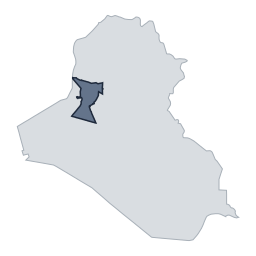 Ana, Al-Anbar, Iraq (highlighted)
{"feature_id": "34846034B40379251126698", "entity_name": "Ana", "entity_type": "district", "adm_level": 2, "iso_a3": "IRQ", "parent_name": "Iraq", "parent_adm1": "Al-Anbar", "projection": "mercator", "projection_center": [41.794, 34.329], "detail": "fine", "context": "in_parent", "style": "filled", "palette": "slate", "viewbox_px": 256, "rotation_deg": 0, "n_neighbors": 0, "source": "geoboundaries", "source_scale": "gbopen_adm2", "svg_char_len": 5208}
<svg xmlns="http://www.w3.org/2000/svg" viewBox="0 0 256 256"><path d="M98.5,22.8L100.7,22.3L104.8,18.9L107.2,15.6L107.9,15.4L110.1,16.4L111.6,16.7L115.1,15.5L117.2,16.1L119.0,16.9L120.0,17.0L124.7,19.0L125.9,19.2L128.4,19.5L132.0,19.6L134.3,18.3L136.0,17.0L137.2,17.1L138.3,17.4L139.2,17.9L140.0,18.8L140.4,20.2L140.3,24.5L140.6,25.6L141.3,26.4L142.1,26.6L143.1,25.6L144.8,24.3L146.9,22.8L148.5,21.4L149.4,20.9L150.9,21.0L152.3,21.2L153.0,21.9L153.0,22.1L153.8,24.1L155.6,31.6L156.7,32.6L157.9,33.4L158.8,34.5L159.1,35.6L159.0,37.3L159.1,39.3L159.6,40.9L160.2,42.0L160.9,42.6L161.9,42.7L163.0,43.0L163.8,44.1L166.3,52.6L166.5,53.7L167.6,54.0L169.3,53.9L171.1,54.7L173.0,56.1L174.7,58.7L175.9,59.1L179.7,58.7L184.8,59.1L187.2,60.4L186.9,61.3L185.1,62.2L181.8,63.2L180.9,65.0L180.3,67.4L180.4,68.7L181.2,70.1L183.5,73.0L183.7,74.1L184.1,75.5L184.5,76.5L184.0,78.4L181.9,79.7L179.2,81.1L173.7,87.5L173.3,88.9L173.3,92.6L172.8,93.7L171.0,93.7L169.7,93.5L169.6,94.8L168.8,96.5L168.3,98.0L170.3,101.6L170.6,103.5L170.3,105.2L168.5,108.2L167.3,110.2L167.6,110.6L169.1,111.4L173.6,118.0L175.1,120.2L177.0,119.6L177.7,119.7L178.3,120.0L178.6,120.8L178.6,121.8L178.1,123.2L180.6,123.8L181.4,125.3L184.3,130.4L184.2,131.9L182.8,134.2L182.8,135.8L183.1,137.2L183.5,137.7L187.7,137.9L189.5,138.5L193.9,141.0L198.9,145.0L202.9,148.2L206.4,150.9L210.1,150.7L211.1,151.2L212.1,152.1L213.1,154.3L215.2,159.4L217.0,161.1L219.8,165.1L222.4,168.9L220.7,174.0L219.0,179.4L219.0,186.2L219.0,189.9L222.6,190.1L226.5,190.3L226.6,194.6L226.6,199.0L226.6,204.1L227.8,204.3L229.6,205.3L230.4,207.0L231.4,207.9L232.6,208.0L233.8,208.8L235.0,210.2L235.4,211.3L235.1,212.1L235.3,213.4L236.1,215.3L237.1,216.2L238.7,217.3L236.6,217.9L234.3,217.4L229.5,215.2L227.9,215.1L225.9,216.0L225.8,216.7L220.7,214.3L218.9,213.8L218.2,213.7L215.3,213.7L211.1,214.2L208.7,215.2L207.0,216.2L206.2,217.3L206.0,217.8L204.6,220.9L203.1,224.8L201.5,228.3L198.4,233.3L196.7,235.6L193.0,239.8L189.1,240.6L179.9,239.8L169.6,238.9L159.5,238.0L151.9,237.3L151.3,237.0L143.9,231.0L138.0,226.2L130.6,220.2L123.0,214.1L115.4,207.8L109.8,203.3L103.1,197.4L96.9,192.1L92.1,187.9L85.9,184.2L81.0,181.3L73.9,177.0L68.3,173.6L63.4,170.7L56.0,166.3L53.5,165.0L45.7,163.6L38.4,162.3L30.8,161.0L25.8,160.1L29.1,156.9L28.1,154.0L25.6,154.6L23.4,155.2L22.0,150.8L23.8,150.2L22.2,144.4L20.5,138.3L19.0,132.5L17.3,126.5L23.7,122.6L28.5,119.8L35.2,115.7L41.7,111.8L47.9,108.1L54.7,104.0L60.7,100.3L66.3,98.8L67.5,97.7L70.0,92.6L72.2,88.3L72.3,87.3L72.3,81.2L72.7,73.9L73.4,70.1L74.6,66.6L75.8,64.1L75.9,61.8L75.7,59.4L74.6,55.8L73.3,52.1L73.5,48.4L73.7,46.5L74.5,43.3L75.8,41.1L77.2,39.7L82.5,38.2L85.6,37.3L89.8,33.3L92.3,30.9L95.8,27.0L98.3,24.2L98.5,23.2L98.5,22.8Z" fill="#d9dde1" stroke="#a8b0b8" stroke-width="1"/><path d="M72.7,77.6L72.7,78.3L72.7,78.7L72.8,78.8L73.4,79.4L74.0,80.2L74.7,81.0L75.3,81.7L75.7,82.2L76.3,82.9L76.9,83.5L77.3,84.1L77.8,84.6L78.2,85.1L78.6,85.6L79.0,86.0L79.4,86.5L79.9,87.0L80.2,87.5L80.6,87.9L81.0,88.3L80.8,89.0L80.7,89.8L80.5,90.5L80.4,91.2L80.2,91.8L80.3,92.8L80.3,93.5L80.4,94.4L80.4,95.5L80.4,96.2L80.5,96.9L79.9,96.9L79.3,97.0L78.5,97.0L78.3,97.1L77.9,96.9L77.5,96.7L77.2,96.7L76.7,96.9L76.8,97.6L76.9,97.8L77.3,98.0L77.7,98.3L77.8,98.0L77.7,97.7L78.1,97.9L78.3,98.1L79.0,98.0L79.7,98.0L80.1,97.9L80.5,97.9L81.0,97.7L81.3,97.6L81.5,97.6L81.8,98.1L82.0,98.6L82.1,99.1L81.9,99.8L81.7,100.4L81.6,100.8L81.3,101.2L81.0,101.7L81.1,102.2L81.2,102.8L81.1,103.4L81.0,104.1L80.8,104.6L80.5,105.1L80.2,105.7L79.9,106.3L79.4,106.8L79.0,107.3L78.6,107.8L78.2,108.2L77.8,108.7L77.5,109.1L77.0,109.8L76.5,110.3L76.0,111.0L75.5,111.6L75.0,112.1L74.6,112.7L74.1,113.2L73.3,114.1L72.9,114.6L72.6,115.1L72.2,115.5L71.7,116.2L72.2,116.4L72.9,116.6L73.5,116.7L74.6,117.0L75.5,117.3L76.3,117.6L77.3,117.8L78.0,118.0L78.8,118.2L79.7,118.5L80.5,118.7L81.4,118.9L82.2,119.2L82.9,119.4L83.8,119.6L84.8,119.9L85.8,120.2L86.7,120.4L87.8,120.8L88.9,121.1L90.0,121.4L91.2,121.7L91.7,121.9L92.4,122.1L93.4,122.3L94.4,122.6L95.2,122.9L95.9,123.0L95.6,122.3L95.3,121.8L95.1,121.1L94.9,120.6L94.5,119.9L94.3,119.2L93.9,118.4L93.6,117.7L93.3,117.1L93.1,116.6L92.9,116.1L92.6,115.4L92.3,114.7L91.9,113.9L91.6,113.1L91.4,112.5L91.3,111.8L91.0,111.4L90.7,111.0L90.4,110.4L90.3,109.8L90.0,109.0L89.8,108.3L89.5,107.5L89.3,106.8L90.0,106.5L89.6,105.8L90.0,105.6L90.6,105.4L91.1,105.1L91.8,104.8L92.3,104.5L92.9,104.2L92.8,103.8L93.2,103.8L93.7,103.8L94.2,103.6L94.1,103.1L93.9,102.3L94.8,101.6L95.2,101.2L95.9,100.1L96.3,99.7L96.4,99.3L96.7,98.9L97.0,98.2L97.3,97.6L97.8,96.7L98.0,96.2L98.4,95.6L98.4,94.4L98.5,93.5L98.5,92.7L98.6,91.7L99.1,92.0L99.6,92.3L100.1,92.6L100.8,93.0L101.6,93.5L102.5,94.0L102.4,88.8L102.6,88.7L102.9,88.7L102.8,88.4L102.7,88.3L102.3,88.1L102.3,87.7L102.5,85.8L102.6,83.8L102.6,82.8L102.4,82.9L101.7,83.0L99.5,83.4L98.2,83.7L97.9,83.7L96.1,82.8L96.0,82.7L95.7,82.8L95.4,82.8L94.0,83.0L91.5,83.3L91.4,83.3L91.2,83.3L90.1,82.8L88.6,82.2L88.1,82.0L87.6,81.9L86.8,81.7L85.3,81.3L85.2,81.2L84.6,81.1L82.6,80.5L82.4,80.5L82.1,80.6L82.0,80.4L81.6,80.0L81.3,80.1L80.3,80.2L79.5,79.9L79.1,79.7L78.4,79.3L77.9,79.1L77.2,78.8L76.9,78.5L76.3,77.8L75.8,77.8L74.7,77.8L74.1,77.8L73.2,77.7L72.7,77.6Z" fill="#64748b" stroke="#1e293b" stroke-width="1.5"/></svg>